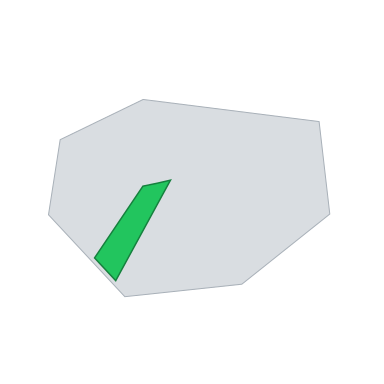 where Baiti sits in Nauru, rotated 251°
{"feature_id": "NRU-4976", "entity_name": "Baiti", "entity_type": "state/province", "adm_level": 1, "iso_a3": "NRU", "parent_name": "Nauru", "parent_adm1": "", "projection": "natural_earth1", "projection_center": [166.929, -0.506], "detail": "fine", "context": "in_parent", "style": "filled", "palette": "green", "viewbox_px": 384, "rotation_deg": 251, "n_neighbors": 0, "source": "natural_earth", "source_scale": "10m", "svg_char_len": 394}
<svg xmlns="http://www.w3.org/2000/svg" viewBox="0 0 384 384"><g transform="rotate(251 192 192)"><path d="M295.4,175.9L217.2,335.1L126.3,315.1L88.6,209.1L114.9,94.4L217.2,48.9L284.4,84.4L295.4,175.9Z" fill="#d9dde1" stroke="#a8b0b8" stroke-width="1"/><path d="M133.0,91.0L161.4,78.4L213.5,147.5L211.6,162.2L210.2,175.5L133.0,91.0Z" fill="#22c55e" stroke="#15803d" stroke-width="1.5"/></g></svg>